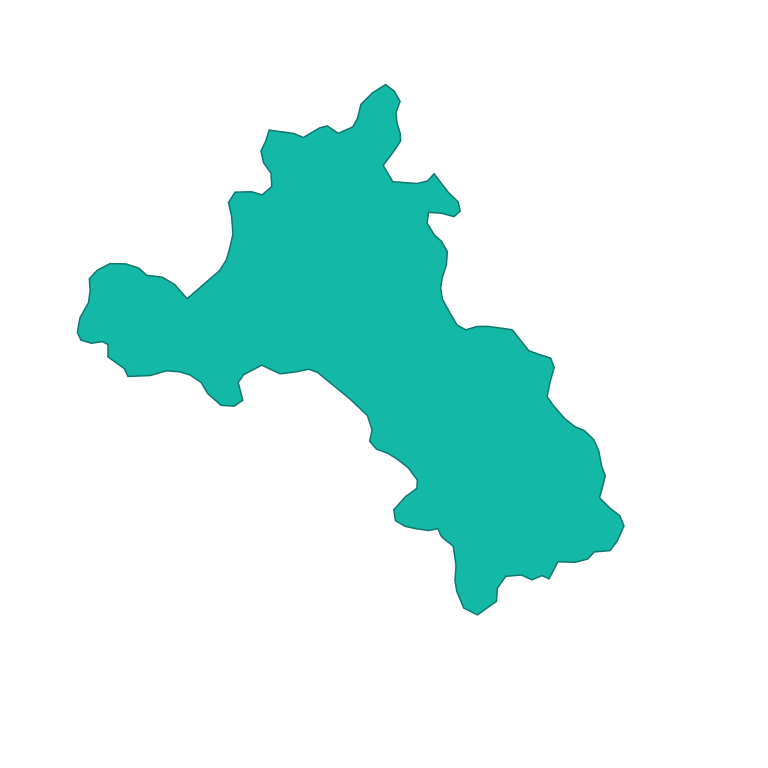 Jecheon-si, North Chungcheong, South Korea, rotated 319°
{"feature_id": "91817680B41858032192319", "entity_name": "Jecheon-si", "entity_type": "district", "adm_level": 2, "iso_a3": "KOR", "parent_name": "South Korea", "parent_adm1": "North Chungcheong", "projection": "mercator", "projection_center": [128.142, 37.027], "detail": "fine", "context": "isolated", "style": "filled", "palette": "teal", "viewbox_px": 768, "rotation_deg": 319, "n_neighbors": 0, "source": "geoboundaries", "source_scale": "gbopen_adm2", "svg_char_len": 2043}
<svg xmlns="http://www.w3.org/2000/svg" viewBox="0 0 768 768"><g transform="rotate(319 384 384)"><path d="M195.7,210.3L213.2,224.3L228.4,231.3L237.7,240.6L243.5,249.9L247.0,262.8L244.7,275.6L247.0,293.1L256.3,302.4L266.8,303.6L275.0,287.2L284.3,284.9L304.1,289.6L307.6,297.7L312.3,308.2L326.3,317.6L336.8,323.4L341.4,331.5L348.4,372.3L350.8,396.8L344.9,410.8L335.6,417.8L335.6,428.3L341.4,438.8L344.9,450.4L347.3,463.3L346.1,478.4L340.3,484.3L326.3,483.1L308.8,485.4L303.0,494.7L306.5,505.2L313.5,514.6L321.6,523.9L329.8,528.6L327.5,535.5L327.5,539.0L329.8,551.9L319.3,568.2L308.8,578.7L303.0,588.0L297.2,605.5L303.0,619.5L326.3,621.8L335.6,612.5L349.6,609.0L362.4,618.3L367.1,628.8L377.6,632.3L380.8,639.3L398.6,632.3L411.4,644.0L423.1,649.8L432.4,648.6L445.2,658.0L456.9,655.6L472.0,648.6L475.5,638.1L473.2,626.5L472.0,611.3L482.5,604.3L490.7,598.5L494.2,589.2L496.9,584.5L502.3,575.2L505.8,563.5L504.7,550.7L500.0,541.4L497.7,528.6L497.7,511.1L498.8,500.6L509.3,492.4L523.3,483.1L526.8,473.8L521.0,464.4L515.1,453.9L516.3,427.1L509.3,419.0L500.0,408.5L491.8,401.5L481.3,396.8L477.8,387.5L480.2,374.7L483.7,358.4L489.5,349.0L497.7,342.0L509.3,335.0L518.6,325.7L521.0,314.1L519.8,304.7L522.1,290.7L530.3,283.7L539.6,293.1L546.6,303.6L554.8,303.6L559.4,295.4L558.3,281.4L559.7,258.2L550.1,259.3L540.8,254.6L535.0,248.8L523.3,237.1L526.8,218.5L543.1,215.0L555.9,211.5L560.6,205.6L565.3,195.1L571.1,187.0L581.6,181.2L583.9,169.5L581.6,159.0L566.4,156.7L550.1,157.8L538.5,166.0L529.1,169.5L514.0,164.8L510.5,152.0L503.5,148.5L484.8,145.0L480.2,135.7L463.9,117.0L454.5,122.9L444.0,127.5L438.2,138.0L437.0,150.8L428.9,161.3L416.1,161.3L410.2,152.0L397.4,141.5L385.7,145.0L378.8,157.8L368.3,171.8L355.4,181.2L346.1,187.0L334.5,190.5L291.3,190.5L291.3,171.8L286.7,157.8L276.2,146.2L275.0,135.7L268.0,124.0L256.3,113.5L242.4,110.0L230.7,111.2L223.7,120.5L214.4,128.7L198.1,134.5L186.4,143.9L184.1,152.0L189.9,161.3L199.2,167.2L201.6,173.0L195.7,180.0L193.4,182.3L198.1,202.1L195.7,210.3Z" fill="#14b8a6" stroke="#0f766e" stroke-width="1.5"/></g></svg>